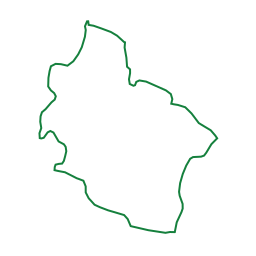 map outline of Berovo (Albers equal-area conic projection), rotated 13°
{"feature_id": "MKD-3004", "entity_name": "Berovo", "entity_type": "Statistical Region", "adm_level": 1, "iso_a3": "MKD", "parent_name": "North Macedonia", "parent_adm1": "", "projection": "albers", "projection_center": [22.775, 41.662], "detail": "fine", "context": "isolated", "style": "outline", "palette": "green", "viewbox_px": 256, "rotation_deg": 13, "n_neighbors": 0, "source": "natural_earth", "source_scale": "10m", "svg_char_len": 1459}
<svg xmlns="http://www.w3.org/2000/svg" viewBox="0 0 256 256"><g transform="rotate(13 128 128)"><path d="M217.2,118.0L212.9,125.0L209.8,134.5L208.3,137.8L205.6,139.5L197.9,141.7L195.5,144.0L193.2,151.5L191.7,160.5L191.2,170.0L192.1,178.7L193.6,182.4L198.3,189.7L199.4,194.2L199.0,198.0L196.7,208.9L197.0,218.9L196.7,219.0L192.3,219.9L188.1,221.7L170.9,223.0L158.3,223.0L155.0,223.0L152.7,223.0L148.2,216.8L143.8,213.7L134.4,213.1L127.2,212.7L118.5,211.5L112.7,210.3L105.5,205.3L101.3,200.3L99.9,194.4L96.4,189.4L91.3,188.7L89.4,188.5L76.6,185.3L69.2,185.6L65.9,185.6L65.4,182.5L65.7,180.0L68.7,178.5L71.8,177.5L72.9,174.5L73.1,169.5L73.1,164.5L71.5,160.4L69.2,158.3L63.4,156.7L56.4,149.2L53.0,148.4L50.7,150.3L48.1,156.5L45.8,157.7L44.3,157.7L42.9,153.0L43.5,147.6L43.0,146.3L41.1,141.7L40.2,136.3L40.6,132.0L43.5,128.1L47.6,120.3L50.2,116.8L50.5,113.3L48.2,110.6L44.4,108.7L40.9,105.5L39.2,97.0L38.8,90.2L39.0,85.4L39.0,85.2L43.0,81.8L48.3,80.9L55.0,80.9L59.7,75.3L62.9,67.5L64.8,59.7L65.5,48.8L64.8,42.0L63.2,38.6L64.1,33.3L65.2,33.0L66.5,36.4L71.4,36.1L79.7,37.0L89.7,38.3L96.6,40.5L104.8,45.1L105.8,45.2L106.6,50.4L110.6,59.8L113.3,68.5L116.8,70.4L117.7,74.1L118.0,80.3L119.8,84.7L123.8,85.6L125.2,84.7L125.7,81.2L128.4,79.1L135.2,78.7L156.5,82.8L162.1,85.3L164.7,89.9L164.7,94.6L167.2,94.6L171.4,94.3L179.1,94.9L186.6,99.5L195.9,107.3L202.6,109.5L209.1,111.6L214.7,115.7L217.0,117.8L217.2,118.0Z" fill="none" stroke="#15803d" stroke-width="2"/></g></svg>